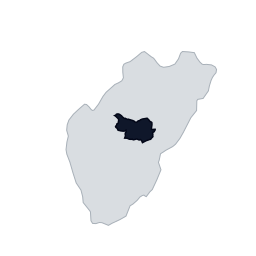 Tongsa highlighted on a map of Bhutan, rotated 303°
{"feature_id": "BTN-2486", "entity_name": "Tongsa", "entity_type": "District", "adm_level": 1, "iso_a3": "BTN", "parent_name": "Bhutan", "parent_adm1": "", "projection": "mercator", "projection_center": [90.459, 27.451], "detail": "fine", "context": "in_parent", "style": "filled", "palette": "ink", "viewbox_px": 256, "rotation_deg": 303, "n_neighbors": 0, "source": "natural_earth", "source_scale": "10m", "svg_char_len": 3146}
<svg xmlns="http://www.w3.org/2000/svg" viewBox="0 0 256 256"><g transform="rotate(303 128 128)"><path d="M200.5,111.2L200.1,112.7L198.5,116.8L197.4,121.2L198.3,124.8L202.1,129.1L207.1,132.5L213.5,132.7L219.4,131.4L221.8,132.0L225.0,137.7L227.3,142.6L224.2,147.7L222.5,152.2L221.9,155.4L222.3,156.7L224.2,159.3L226.4,163.7L226.7,167.7L225.3,170.4L222.3,171.7L219.0,171.3L216.3,171.3L213.0,171.8L207.7,173.3L202.9,175.2L193.7,174.9L190.0,170.9L188.3,170.9L180.0,176.0L170.9,175.1L154.4,176.8L147.5,177.2L140.4,176.7L136.8,175.6L130.2,172.0L124.1,169.3L118.0,171.7L115.8,172.2L110.9,178.4L100.2,180.4L89.6,181.9L86.4,181.1L80.4,180.7L80.2,179.3L80.4,177.9L79.0,176.7L76.6,175.6L72.4,175.1L67.0,173.6L63.9,172.1L53.0,174.3L46.6,171.0L39.4,166.5L35.7,164.6L34.4,157.7L33.1,155.4L30.3,153.1L28.7,150.3L30.0,147.5L37.2,142.2L37.8,140.9L41.1,131.0L45.7,127.4L50.3,122.4L53.7,114.5L60.4,106.3L67.7,97.9L72.7,91.0L76.1,87.8L83.0,84.4L88.7,82.4L92.7,77.8L97.5,75.3L102.5,74.1L109.8,74.7L116.7,76.4L124.3,78.6L125.1,80.5L124.5,83.8L123.4,87.1L123.4,88.7L124.5,89.7L131.9,90.3L141.0,89.8L146.1,90.2L157.4,93.3L160.7,95.4L164.2,97.1L167.6,96.8L171.9,93.3L176.4,90.3L179.2,89.8L181.2,90.8L184.8,93.6L192.3,96.3L198.9,98.3L201.1,100.2L200.4,108.5L200.5,111.2Z" fill="#d9dde1" stroke="#a8b0b8" stroke-width="1"/><path d="M126.4,117.1L126.7,117.1L129.5,115.9L130.1,115.4L130.4,114.9L130.6,114.2L131.2,111.1L131.2,110.1L131.7,110.5L131.9,110.7L132.0,110.8L132.4,110.8L132.7,110.7L133.0,110.7L133.3,110.9L133.6,111.0L133.8,111.2L134.5,112.2L134.6,112.5L134.7,112.8L134.8,113.4L134.8,114.2L134.7,116.0L134.2,117.4L134.2,117.8L134.2,118.3L134.0,119.1L134.1,119.6L134.1,119.9L134.4,120.2L134.6,120.3L134.8,122.2L135.0,123.0L135.5,123.3L136.9,128.1L137.1,129.8L136.8,130.6L137.3,132.0L138.8,132.5L139.4,132.6L139.6,132.8L139.8,132.9L140.0,133.3L140.4,133.6L140.9,133.8L141.7,134.0L142.1,134.3L143.3,135.1L146.6,138.7L146.2,140.9L145.6,142.3L145.5,143.1L145.6,143.5L145.6,143.8L145.6,144.0L145.6,144.3L145.7,144.5L145.5,145.1L143.8,146.3L139.5,148.3L139.9,149.0L141.6,151.3L141.7,151.5L141.2,151.8L139.0,151.9L138.7,151.8L138.4,151.6L138.1,151.4L137.9,151.2L137.5,151.3L137.1,151.5L136.3,152.2L135.9,152.5L134.9,153.0L134.3,153.6L133.4,153.5L132.5,153.2L132.2,153.2L131.8,153.2L131.6,153.2L131.3,153.2L131.1,153.1L130.8,153.0L130.5,152.8L130.0,152.2L129.3,151.8L127.3,150.2L123.6,148.1L124.7,146.5L125.0,145.4L125.0,144.5L124.0,143.9L123.7,142.0L123.5,141.3L123.0,140.8L121.2,139.2L121.0,138.8L120.9,138.5L120.9,138.3L120.9,138.0L121.0,137.8L120.2,136.8L119.3,135.2L119.0,133.1L118.8,132.6L117.7,130.7L119.9,130.2L120.2,130.0L121.3,129.0L121.8,128.7L122.6,128.5L123.0,128.4L123.4,128.5L123.7,128.7L123.9,128.6L124.0,128.5L124.2,128.3L124.5,128.1L125.1,127.5L123.4,126.6L122.8,125.8L121.7,123.6L121.6,123.3L121.4,122.7L121.3,122.3L121.1,122.0L120.9,121.4L120.8,121.0L120.8,120.6L121.6,119.5L121.8,119.1L121.9,117.9L122.0,117.4L122.1,117.2L122.4,116.8L122.6,116.7L122.8,116.7L123.0,116.7L123.2,116.8L123.4,116.9L123.7,116.9L124.0,116.9L124.5,116.8L124.9,116.6L125.2,116.5L125.6,116.5L126.2,117.0L126.4,117.1Z" fill="#0f172a" stroke="#020617" stroke-width="1.5"/></g></svg>